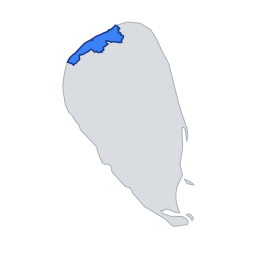 location of Hambantŏṭa within Sri Lanka, rotated 171°
{"feature_id": "LKA-2465", "entity_name": "Hambantŏṭa", "entity_type": "District", "adm_level": 1, "iso_a3": "LKA", "parent_name": "Sri Lanka", "parent_adm1": "", "projection": "orthographic", "projection_center": [81.085, 6.277], "detail": "fine", "context": "in_parent", "style": "filled", "palette": "blue", "viewbox_px": 256, "rotation_deg": 171, "n_neighbors": 0, "source": "natural_earth", "source_scale": "10m", "svg_char_len": 2719}
<svg xmlns="http://www.w3.org/2000/svg" viewBox="0 0 256 256"><g transform="rotate(171 128 128)"><path d="M84.7,23.2L89.8,23.5L95.3,23.4L99.2,24.1L105.7,32.5L123.6,47.4L133.4,62.6L134.3,66.0L135.7,68.8L138.0,69.6L140.0,71.0L149.7,85.6L150.9,88.5L150.7,91.7L151.3,94.1L153.8,95.3L157.0,95.9L159.1,98.1L161.8,109.9L161.8,113.5L162.5,115.1L174.9,133.3L175.6,135.5L175.5,137.2L175.8,138.6L178.2,141.9L182.0,150.5L183.9,152.5L186.2,160.1L186.3,174.7L185.5,181.1L183.2,189.0L180.5,196.7L177.5,202.3L173.5,207.0L159.6,217.0L155.6,219.0L137.5,225.3L124.2,231.2L111.9,232.8L99.5,229.5L90.3,221.7L85.5,210.2L82.3,198.3L77.6,185.0L74.1,144.0L72.4,132.5L69.7,117.9L70.0,111.5L72.0,105.5L71.9,118.8L73.7,120.4L75.1,118.7L76.4,105.0L77.4,99.1L82.3,84.0L82.4,81.3L81.6,75.6L81.7,72.7L89.0,62.1L90.9,55.9L91.9,49.5L91.5,42.7L90.2,35.9L96.1,38.1L99.3,40.4L102.6,42.0L105.3,41.2L108.5,41.2L106.2,37.5L99.4,34.1L88.1,32.0L84.5,29.3L83.2,27.0L83.9,24.3L84.7,23.2ZM78.8,64.5L80.3,68.6L75.9,65.8L73.0,63.4L72.0,61.5L78.0,63.7L78.8,64.5ZM84.0,33.1L80.6,33.6L78.0,30.0L77.4,28.5L78.1,27.4L78.8,26.9L79.7,27.1L80.9,30.4L84.0,33.1Z" fill="#d9dde1" stroke="#a8b0b8" stroke-width="1"/><path d="M177.5,202.4L175.8,205.0L174.1,206.7L171.0,208.9L170.0,209.2L168.6,209.9L158.6,217.8L156.6,218.9L150.1,221.2L150.0,220.5L150.0,220.4L149.6,220.1L149.2,220.2L149.0,220.7L148.9,221.6L148.6,221.9L148.1,222.0L147.5,222.3L146.3,223.0L145.2,223.5L139.5,224.8L136.8,225.7L133.8,226.2L132.5,226.8L131.7,227.9L130.2,227.6L129.3,228.0L128.8,228.2L126.7,229.7L124.6,231.2L124.5,231.4L124.2,231.2L122.8,230.6L122.2,229.6L122.6,229.4L122.6,228.9L122.1,228.7L121.6,228.6L120.9,228.1L120.7,227.3L122.5,226.5L121.9,224.4L122.4,224.0L122.6,223.5L122.0,223.4L121.3,223.5L120.5,223.0L120.3,222.1L120.6,221.6L120.9,221.0L120.6,220.7L120.1,220.8L119.1,220.4L118.1,219.8L118.8,217.4L120.9,215.9L120.5,215.0L120.9,214.1L120.8,213.7L121.3,213.5L124.4,214.1L128.3,215.5L129.4,215.7L130.4,215.4L131.4,215.3L132.2,216.0L132.9,216.7L134.8,217.1L136.0,217.5L136.3,216.5L135.8,215.1L134.8,214.0L136.1,213.2L137.4,212.4L139.0,211.9L140.1,211.0L139.6,209.8L139.9,208.6L140.6,208.6L141.3,208.5L141.7,207.9L141.7,207.2L142.4,207.7L142.9,207.1L144.3,207.1L145.6,207.2L146.5,207.6L146.9,208.6L147.5,208.6L148.0,208.6L148.5,208.3L149.2,208.2L150.2,209.5L151.1,210.9L152.4,211.5L153.9,210.7L154.4,210.1L155.2,209.8L156.8,209.4L160.0,208.1L160.6,207.7L160.7,207.8L161.2,207.9L162.6,207.4L164.2,207.7L164.9,206.6L164.9,206.1L164.8,205.7L165.1,205.3L165.3,204.9L165.0,204.2L165.0,203.3L166.1,202.4L167.3,201.9L168.3,200.9L169.5,200.0L170.9,199.8L171.9,198.6L173.5,200.6L174.1,200.7L174.8,200.8L175.7,201.8L177.0,202.2L177.5,202.4Z" fill="#3b82f6" stroke="#1e3a8a" stroke-width="1.5"/></g></svg>